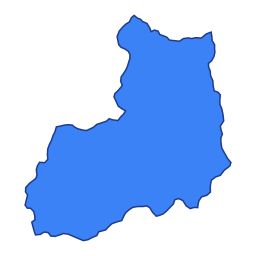 outline of Rio Manso, Minas Gerais, Brazil
{"feature_id": "56859067B17161327719400", "entity_name": "Rio Manso", "entity_type": "district", "adm_level": 2, "iso_a3": "BRA", "parent_name": "Brazil", "parent_adm1": "Minas Gerais", "projection": "mercator", "projection_center": [-44.348, -20.255], "detail": "fine", "context": "isolated", "style": "filled", "palette": "blue", "viewbox_px": 256, "rotation_deg": 0, "n_neighbors": 0, "source": "geoboundaries", "source_scale": "gbopen_adm2", "svg_char_len": 2210}
<svg xmlns="http://www.w3.org/2000/svg" viewBox="0 0 256 256"><path d="M223.7,120.9L223.0,114.6L221.8,108.8L219.9,104.4L219.9,99.2L220.3,94.9L218.0,92.2L214.2,90.8L213.2,86.1L212.8,80.6L210.6,75.8L210.2,70.9L208.7,67.4L208.4,63.5L211.6,60.8L213.8,56.8L214.9,52.5L214.6,48.9L214.6,44.7L212.2,40.7L211.8,36.3L211.2,32.1L206.3,33.9L201.3,38.1L195.6,37.7L191.7,38.6L188.3,37.9L183.3,38.6L179.5,41.2L175.5,40.8L169.5,40.1L166.8,37.2L163.2,35.7L159.9,34.6L158.0,31.1L154.4,30.1L151.1,31.6L149.6,27.6L146.9,23.4L142.7,21.6L140.4,19.2L137.4,18.1L134.1,15.4L131.4,17.7L129.4,21.9L125.7,24.2L122.7,27.1L119.3,31.0L117.1,36.6L118.0,41.2L118.8,44.9L121.2,47.4L124.6,48.8L128.1,51.1L130.0,54.6L129.8,58.8L128.6,62.5L127.4,66.5L125.8,70.0L123.5,73.6L121.1,77.0L120.7,81.3L122.3,85.5L118.7,89.9L114.9,93.6L114.0,96.9L115.7,100.5L118.3,106.2L121.9,108.8L125.5,110.8L123.8,113.8L121.0,116.6L117.9,120.5L112.8,119.9L109.1,118.7L106.6,121.1L101.4,122.9L96.8,124.4L93.3,127.4L89.2,129.3L86.2,130.6L82.1,129.9L77.9,128.8L75.1,127.4L72.2,125.1L68.4,124.7L64.5,125.1L60.8,126.0L56.4,126.9L54.9,131.9L52.9,135.9L51.6,140.0L49.5,144.2L47.8,148.9L47.4,154.1L47.8,159.3L44.7,162.7L39.5,162.3L37.3,166.1L36.3,169.8L37.0,174.9L35.9,178.3L33.2,180.5L29.6,183.2L25.8,187.4L25.5,191.8L27.6,195.0L26.5,199.3L25.1,205.1L27.3,208.1L30.6,208.3L33.9,211.8L34.8,216.4L34.9,219.8L31.8,222.1L32.7,225.8L34.0,230.5L35.5,234.9L40.4,234.4L44.2,232.0L48.2,232.6L50.7,236.0L54.8,236.4L59.2,235.1L63.5,233.5L68.3,234.2L73.4,236.4L78.1,238.4L83.4,240.6L88.0,239.7L92.2,237.5L96.8,235.6L98.7,231.8L102.1,230.9L105.7,229.9L107.9,227.4L111.9,223.7L116.8,221.9L121.7,220.6L123.5,216.8L125.4,213.1L129.0,209.8L132.9,207.3L137.9,206.5L143.2,206.5L146.9,205.9L149.9,207.9L152.5,212.2L156.3,216.2L159.7,215.3L162.9,214.0L166.3,211.3L169.8,207.6L173.3,204.1L174.9,199.6L178.6,198.6L182.8,200.5L186.2,205.8L190.2,208.6L194.2,207.4L197.7,207.6L198.1,204.1L198.9,200.8L201.5,196.9L206.8,195.3L210.4,192.1L210.3,186.1L211.3,180.3L215.5,177.0L220.4,175.3L224.2,170.3L227.1,168.1L229.9,165.8L230.9,162.5L227.6,158.5L224.5,153.0L221.8,148.1L220.9,142.1L220.9,137.9L222.4,134.1L221.1,130.1L220.3,126.1L223.7,120.9Z" fill="#3b82f6" stroke="#1e3a8a" stroke-width="1.5"/></svg>